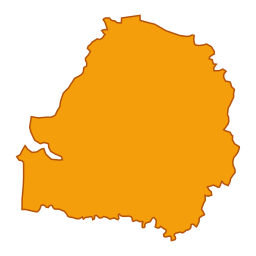 Kuala Muda, Kedah, Malaysia (orthographic projection)
{"feature_id": "92858781B60968971882976", "entity_name": "Kuala Muda", "entity_type": "district", "adm_level": 2, "iso_a3": "MYS", "parent_name": "Malaysia", "parent_adm1": "Kedah", "projection": "orthographic", "projection_center": [100.515, 5.701], "detail": "fine", "context": "isolated", "style": "filled", "palette": "amber", "viewbox_px": 256, "rotation_deg": 0, "n_neighbors": 0, "source": "geoboundaries", "source_scale": "gbopen_adm2", "svg_char_len": 3699}
<svg xmlns="http://www.w3.org/2000/svg" viewBox="0 0 256 256"><path d="M146.5,222.9L150.2,221.7L151.1,220.2L152.5,218.0L153.9,217.5L155.2,218.9L156.3,220.8L156.1,223.0L155.2,226.9L157.8,228.1L159.5,227.7L160.6,226.3L162.4,227.7L164.1,228.8L165.6,229.5L166.3,231.0L165.6,232.5L163.6,234.4L163.9,236.4L165.5,237.0L169.7,236.1L170.8,236.4L171.1,238.0L171.3,240.6L173.0,240.2L174.9,239.7L175.6,238.5L175.3,237.0L174.2,235.5L174.7,233.8L176.3,233.1L177.7,232.8L180.2,232.0L182.4,232.9L184.1,232.0L186.3,230.2L188.7,229.8L190.7,228.0L191.2,224.4L193.4,224.1L195.3,226.1L196.5,226.8L199.1,221.6L199.1,219.7L199.4,217.8L202.2,215.8L204.5,214.7L204.1,213.6L202.8,211.1L201.6,209.5L201.9,208.0L202.5,206.1L203.9,202.7L205.3,200.2L205.1,195.3L208.0,196.3L211.7,195.1L211.2,191.7L209.2,190.0L207.3,187.0L213.6,185.1L218.3,187.3L219.5,187.0L220.7,184.1L221.9,181.4L223.7,183.6L228.0,185.6L230.0,181.7L230.7,178.5L232.7,175.5L235.1,172.4L234.9,169.4L233.2,165.5L232.7,162.1L233.7,157.7L236.3,154.6L238.0,151.9L239.3,148.0L239.3,146.7L235.4,144.3L234.4,143.6L232.4,139.7L232.7,135.8L231.5,135.0L230.2,132.3L225.1,130.6L223.6,129.7L225.6,127.5L228.0,124.0L228.8,121.1L228.5,117.0L227.5,114.8L227.8,110.9L228.3,107.9L230.0,105.0L231.7,101.3L233.6,97.2L233.6,93.3L234.4,89.4L231.7,86.9L231.0,84.7L230.2,82.1L227.3,81.3L225.6,81.3L223.6,77.2L223.9,74.0L226.1,71.3L222.9,69.1L219.5,70.6L214.1,70.8L213.6,68.1L216.3,64.2L213.4,64.0L212.9,62.5L212.2,59.6L209.2,58.9L209.5,57.2L211.4,55.5L214.3,54.0L214.3,51.5L212.9,49.4L211.4,46.7L206.5,44.0L203.4,45.0L199.2,45.5L195.6,45.0L194.3,43.3L193.8,39.8L194.1,35.9L194.1,35.4L192.1,35.0L189.5,36.2L186.0,36.4L179.4,35.4L165.9,30.7L154.8,24.3L140.2,20.5L140.0,15.4L121.6,18.0L121.3,23.0L117.0,22.7L116.0,21.8L114.7,20.8L112.5,20.7L110.8,19.7L109.4,18.0L106.4,17.9L104.1,18.5L103.6,19.2L103.1,19.7L104.1,20.8L105.3,23.0L107.5,29.7L104.6,29.6L101.7,30.4L103.6,33.2L105.0,34.4L103.9,35.7L102.4,38.0L99.6,39.6L97.2,38.9L95.0,40.3L92.2,42.1L90.1,44.7L88.2,46.2L87.4,48.4L90.4,51.3L88.4,55.0L85.5,58.1L85.5,60.1L86.7,62.8L86.7,66.0L83.8,67.7L83.3,72.1L81.6,74.5L78.4,76.4L74.5,78.4L72.8,81.3L70.6,84.5L68.6,87.9L65.7,90.6L63.3,93.3L61.3,99.1L60.3,102.8L59.8,106.7L57.2,110.9L55.2,115.3L51.3,117.2L46.7,117.2L38.4,117.9L31.3,116.7L29.7,127.3L30.9,132.2L34.7,140.2L40.4,143.7L44.2,142.5L48.4,143.7L48.8,147.5L50.7,151.3L55.3,154.0L61.4,156.6L62.5,159.7L59.1,160.1L55.6,159.7L51.4,159.3L49.2,157.4L45.7,154.0L43.8,148.6L41.5,149.0L36.6,152.0L32.0,152.4L27.8,149.4L25.1,145.6L22.8,149.4L20.2,154.7L16.7,156.6L19.0,160.1L22.1,160.8L23.6,162.7L23.6,168.1L23.6,173.4L23.6,178.0L23.2,187.1L22.1,199.0L22.0,209.5L25.8,209.5L33.9,211.4L37.0,211.9L38.4,210.9L39.5,209.5L40.3,207.8L40.9,205.8L42.5,204.8L44.8,205.6L46.3,207.2L48.3,207.5L49.4,205.8L50.9,205.3L52.5,205.8L53.1,207.7L54.8,209.1L57.7,209.1L59.1,209.1L64.4,211.4L65.6,212.7L66.9,214.4L67.7,216.1L69.4,217.0L72.7,217.5L76.9,218.8L79.5,218.6L82.3,217.0L83.4,219.1L85.5,217.5L91.6,216.6L92.2,217.4L92.8,219.7L94.4,218.9L94.7,215.9L96.4,215.3L99.5,218.0L101.6,217.8L103.6,216.6L106.4,217.2L108.1,218.0L109.8,219.1L112.3,218.5L114.2,218.0L117.8,219.7L118.8,218.6L118.4,214.7L119.4,214.1L120.6,215.6L122.7,216.3L126.1,216.3L128.4,216.1L131.0,216.7L131.4,217.0L131.8,217.8L132.2,218.3L132.4,218.8L132.2,219.3L132.1,219.7L132.3,220.3L132.5,220.9L132.9,221.2L133.3,221.4L134.1,221.0L135.8,220.4L137.6,220.6L139.2,221.5L140.1,221.7L140.9,221.6L141.4,221.5L142.0,221.5L142.7,221.6L142.9,222.4L142.8,222.8L142.3,223.1L142.1,223.4L142.2,223.8L142.2,224.9L142.1,225.5L142.1,226.0L142.5,227.6L143.8,227.6L144.6,227.2L144.9,226.7L144.8,226.2L144.7,225.5L145.1,224.2L145.7,223.2L146.5,222.9Z" fill="#f59e0b" stroke="#b45309" stroke-width="1.5"/></svg>